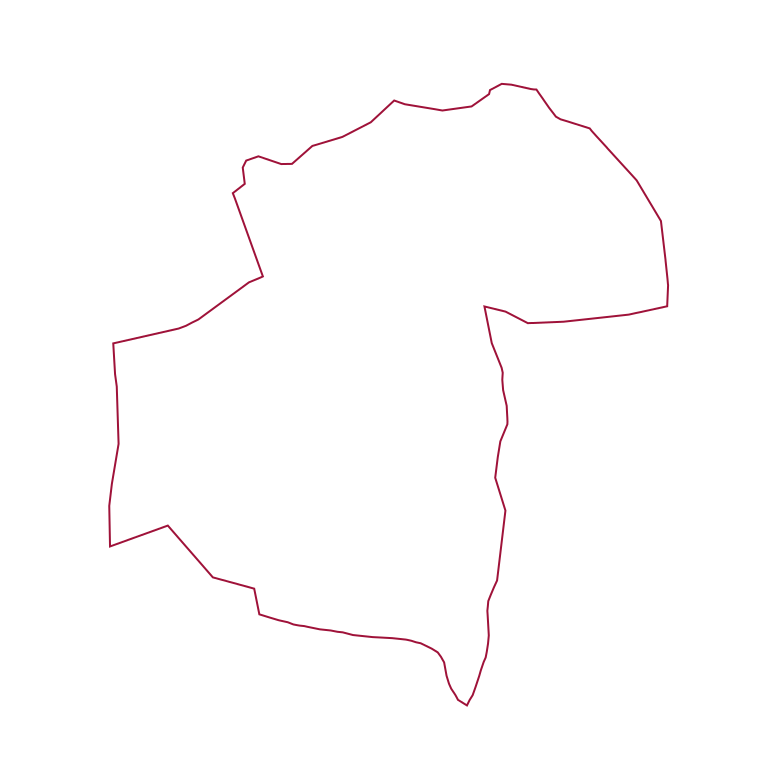 the district of Monabbih, Sa`dah, Yemen, rotated 6°
{"feature_id": "15242507B74434260486712", "entity_name": "Monabbih", "entity_type": "district", "adm_level": 2, "iso_a3": "YEM", "parent_name": "Yemen", "parent_adm1": "Sa`dah", "projection": "orthographic", "projection_center": [43.298, 17.17], "detail": "fine", "context": "isolated", "style": "outline", "palette": "rose", "viewbox_px": 768, "rotation_deg": 6, "n_neighbors": 0, "source": "geoboundaries", "source_scale": "gbopen_adm2", "svg_char_len": 2153}
<svg xmlns="http://www.w3.org/2000/svg" viewBox="0 0 768 768"><g transform="rotate(6 384 384)"><path d="M504.8,75.2L502.4,75.4L499.2,75.3L479.4,73.0L469.7,73.2L458.7,80.6L458.2,84.7L442.1,98.8L413.5,105.9L406.2,105.4L375.5,103.6L364.5,101.0L343.5,125.1L316.8,142.6L289.9,153.9L287.9,154.7L269.5,174.7L262.1,175.6L258.8,176.0L235.3,170.7L223.6,176.2L220.9,183.5L224.6,199.5L213.7,210.0L216.3,215.0L252.3,289.7L251.5,290.2L249.6,291.3L239.1,297.0L192.7,339.2L190.2,340.8L186.8,342.9L181.0,346.8L174.0,350.3L173.5,350.5L173.1,350.6L110.5,371.9L115.5,402.3L118.5,414.5L126.3,471.3L123.8,511.8L123.5,533.9L128.5,574.2L183.8,547.4L195.9,558.7L217.5,578.8L234.0,594.2L276.3,601.1L284.1,626.1L294.2,628.1L303.2,629.8L303.8,629.9L304.4,630.0L313.2,631.0L319.0,632.6L322.4,632.9L325.3,633.1L330.0,633.1L333.4,633.5L345.8,634.7L350.5,634.7L356.8,634.7L363.6,635.3L368.9,635.3L379.4,636.9L386.2,636.9L393.5,636.9L399.3,636.9L406.6,636.5L418.7,635.9L423.4,635.9L432.3,635.9L433.7,636.0L438.1,636.5L442.8,637.5L447.6,638.0L459.1,642.2L465.5,645.3L469.2,649.4L471.1,652.1L472.0,653.3L472.9,654.6L476.7,667.6L479.5,674.2L479.8,674.9L480.1,675.5L482.7,680.0L487.4,685.7L489.0,688.0L490.6,690.4L500.1,695.0L502.2,689.3L504.7,684.2L506.7,675.9L509.2,664.5L510.2,658.8L512.2,650.0L513.7,645.4L514.2,639.7L514.6,631.4L514.5,623.1L512.0,607.7L511.2,602.8L510.5,598.8L510.5,594.2L510.4,589.0L512.0,583.3L514.5,575.0L517.0,567.6L518.0,497.2L504.4,465.6L504.8,444.9L505.7,428.9L510.9,411.2L510.7,408.2L510.6,407.7L510.2,404.8L509.5,400.5L508.3,392.9L503.1,377.6L501.2,367.4L500.9,360.4L499.4,355.9L499.3,355.6L486.9,332.1L475.8,296.4L497.3,299.3L520.8,308.5L521.6,308.3L524.5,307.9L525.6,307.8L556.0,303.3L601.8,293.4L620.2,289.4L627.4,287.0L632.8,285.3L633.3,285.1L657.5,277.1L656.2,255.9L655.9,254.8L655.8,254.2L654.9,249.6L651.3,232.7L651.2,232.3L651.0,231.1L642.4,193.0L638.0,187.1L635.0,183.1L629.3,175.5L614.0,155.1L611.8,153.1L581.3,126.0L581.2,125.8L569.3,115.3L564.2,110.7L561.9,108.3L546.1,105.1L539.3,103.7L531.9,102.3L526.9,100.1L526.6,99.7L519.1,91.8L518.6,91.2L513.5,85.3L511.9,83.4L508.1,79.1L504.8,75.2Z" fill="none" stroke="#9f1239" stroke-width="2"/></g></svg>